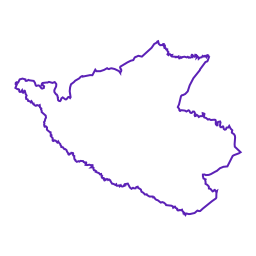 the district of Boende, Équateur, Democratic Republic of the Congo
{"feature_id": "63176286B77918114228452", "entity_name": "Boende", "entity_type": "district", "adm_level": 2, "iso_a3": "COD", "parent_name": "Democratic Republic of the Congo", "parent_adm1": "Équateur", "projection": "natural_earth1", "projection_center": [20.931, -0.493], "detail": "fine", "context": "isolated", "style": "outline", "palette": "violet", "viewbox_px": 256, "rotation_deg": 0, "n_neighbors": 0, "source": "geoboundaries", "source_scale": "gbopen_adm2", "svg_char_len": 5730}
<svg xmlns="http://www.w3.org/2000/svg" viewBox="0 0 256 256"><path d="M95.3,69.7L92.4,75.2L90.1,75.1L82.7,76.6L82.5,76.1L81.6,76.3L80.5,77.0L79.2,78.4L75.2,80.7L73.9,82.1L71.0,84.3L70.1,87.4L69.7,91.3L70.6,97.2L70.1,98.0L69.2,97.1L68.3,97.0L66.4,99.3L65.4,99.4L62.7,97.4L61.4,98.4L60.7,100.4L60.1,101.1L59.2,101.0L58.2,100.3L57.8,98.2L58.0,97.4L57.5,96.8L57.5,95.9L56.8,94.6L56.1,94.4L54.5,92.2L54.3,90.9L54.5,89.7L56.1,86.5L56.3,84.7L56.2,83.9L54.7,82.1L52.5,82.9L48.9,81.9L47.5,82.6L46.6,82.5L42.5,83.0L41.9,83.7L41.6,85.0L41.9,85.4L42.5,85.3L42.7,84.9L44.1,86.3L43.8,88.0L42.1,88.6L41.3,88.1L39.5,85.8L38.3,85.4L36.3,85.9L35.7,85.3L34.9,82.7L33.7,80.9L29.3,80.3L28.5,79.9L26.9,80.8L25.9,80.9L25.5,80.6L25.4,79.4L22.5,78.6L19.7,79.4L18.2,82.5L16.7,82.2L15.8,82.8L15.6,84.1L15.9,84.5L16.4,84.1L16.9,84.3L15.4,87.9L17.5,89.2L18.6,89.2L19.1,89.6L19.3,91.4L19.7,91.9L20.9,91.9L22.1,90.2L22.8,92.6L23.3,92.7L24.4,90.7L24.8,90.8L25.7,94.1L26.6,95.5L25.9,97.2L26.2,97.9L26.1,98.8L27.7,99.5L28.2,101.0L29.9,101.3L30.8,102.3L31.5,101.3L32.8,103.4L33.2,103.9L33.6,103.8L33.6,104.4L35.3,105.6L35.9,105.8L36.9,105.1L37.4,105.1L38.5,105.7L39.7,105.1L40.0,107.4L41.3,108.5L41.0,109.5L41.6,110.4L41.7,112.1L45.7,115.6L46.0,117.7L45.3,118.8L44.7,121.3L44.0,122.1L44.4,123.6L44.1,124.7L44.5,126.5L44.9,126.8L45.8,126.3L47.0,127.4L46.9,129.5L47.2,130.0L49.7,132.0L50.6,132.3L50.6,134.0L51.5,135.1L50.7,135.9L52.7,138.2L52.6,140.3L52.8,140.8L53.6,141.0L54.1,140.3L54.5,140.3L55.8,140.8L57.3,142.5L58.2,141.4L59.0,142.8L60.3,144.1L60.6,145.4L61.2,146.0L61.3,147.0L62.9,147.3L64.3,149.1L65.3,149.1L66.5,150.1L66.9,151.3L68.0,153.1L68.7,153.5L68.4,154.2L68.6,154.5L69.3,154.5L69.7,153.8L70.8,153.7L71.3,152.8L72.9,153.0L73.2,153.7L73.0,154.7L73.3,155.5L74.3,156.0L74.2,157.4L74.4,158.9L74.7,159.5L75.3,159.8L75.4,160.6L76.8,161.8L78.6,161.2L79.4,161.6L80.4,160.9L83.1,161.1L83.7,162.1L84.9,162.3L85.1,162.9L86.1,162.5L86.3,162.9L85.6,164.9L87.3,165.1L89.4,164.7L90.4,165.1L92.5,165.1L92.6,166.0L91.1,167.4L92.4,167.3L93.5,167.8L93.4,168.9L94.0,170.2L94.8,170.3L96.0,171.1L95.7,171.8L99.1,173.2L99.9,174.3L101.1,174.0L101.4,175.3L102.1,175.9L101.6,176.8L102.2,177.9L103.5,178.0L103.7,179.2L104.2,180.0L104.7,179.1L105.4,179.8L105.7,179.3L106.6,179.5L107.0,179.0L107.7,179.3L108.1,180.0L109.1,179.5L110.3,180.4L110.4,181.0L112.1,183.7L113.5,183.9L115.3,184.9L116.2,184.3L116.4,185.4L117.0,185.8L119.2,185.4L119.6,186.3L120.8,185.2L121.4,186.3L122.6,186.5L124.6,185.7L124.0,185.4L124.7,184.2L127.8,183.6L129.9,187.5L131.5,188.8L133.0,187.8L133.9,188.3L135.6,188.3L136.3,187.1L137.7,186.7L138.3,188.1L139.2,188.4L140.9,189.6L141.5,191.7L143.4,192.8L144.9,194.5L146.7,194.3L147.0,195.0L149.4,196.5L152.8,196.5L153.2,197.5L154.2,197.3L155.2,198.9L156.3,199.8L157.7,200.2L160.8,202.6L162.2,202.1L163.8,202.6L165.7,204.2L166.1,205.1L171.4,205.7L172.8,206.4L173.2,207.7L174.6,206.7L175.1,206.7L175.5,207.8L177.2,208.7L177.1,209.7L178.1,210.5L179.3,210.0L179.9,210.3L182.0,209.7L182.2,210.8L183.1,211.6L183.5,213.2L184.2,212.7L184.5,212.9L184.6,214.3L185.2,214.3L185.5,214.8L185.9,213.9L186.5,213.5L188.8,214.1L190.2,214.0L194.6,213.0L197.4,210.6L199.1,211.1L200.2,211.0L202.8,208.6L212.1,201.1L215.8,198.5L216.3,197.7L216.4,193.5L217.0,190.9L215.9,191.6L214.8,189.9L214.5,189.9L213.2,191.2L212.6,191.4L210.4,188.8L208.9,188.5L208.8,186.5L207.3,184.9L205.5,183.8L205.6,182.1L205.2,180.2L205.6,179.4L203.5,178.5L202.9,176.1L202.9,174.6L204.6,174.5L205.8,175.1L208.8,174.9L210.9,174.1L215.9,171.3L216.6,171.1L220.0,168.2L223.4,166.8L227.4,166.4L232.7,155.9L234.1,155.1L238.9,153.3L240.6,152.2L234.8,146.7L234.6,144.2L235.1,137.5L234.9,135.8L234.1,134.3L231.9,132.7L231.8,132.2L232.3,130.3L230.6,128.6L229.2,125.9L228.2,127.5L226.6,127.6L225.9,129.3L224.9,129.7L223.8,129.0L223.2,126.5L222.7,126.4L221.5,127.2L220.7,127.2L220.3,126.8L220.0,125.2L220.5,122.5L220.1,121.5L218.1,121.9L217.7,122.5L217.5,125.3L216.9,125.4L215.9,124.4L215.7,123.2L215.9,121.3L215.4,119.9L214.4,119.7L210.9,120.0L209.1,119.1L208.0,119.6L206.1,118.0L204.2,117.4L203.9,116.3L204.4,114.4L204.4,113.8L203.8,113.5L202.7,113.2L202.9,115.2L202.3,116.1L200.2,116.1L198.8,117.0L197.9,115.7L196.7,114.8L195.7,116.0L195.0,116.1L194.6,115.2L195.0,113.3L194.2,111.7L193.0,111.5L191.7,112.9L191.1,113.0L190.2,112.5L189.3,110.7L188.5,110.3L186.4,111.5L184.9,110.6L181.4,110.2L180.5,110.3L180.3,110.9L179.9,110.9L179.4,110.3L179.2,108.9L177.8,107.1L179.0,104.5L181.0,96.2L182.0,95.2L182.9,95.1L185.2,94.0L187.7,91.4L189.7,85.3L193.4,78.2L199.8,70.2L200.0,69.4L205.1,62.5L205.5,62.0L207.2,61.4L207.6,60.9L209.0,57.0L207.9,56.6L208.3,55.5L207.7,55.1L206.3,55.6L206.1,56.8L205.5,56.0L204.8,56.4L204.4,56.0L203.6,56.5L202.7,55.9L201.7,57.3L199.9,57.6L198.7,58.7L198.6,57.7L197.9,56.8L197.3,56.9L196.6,57.6L196.9,55.9L195.6,55.8L195.9,54.9L195.3,54.8L195.1,56.1L194.6,56.7L193.4,56.2L192.4,54.9L191.9,54.8L191.5,55.4L192.1,56.4L192.2,57.2L191.4,57.1L190.6,57.6L189.3,57.3L188.9,57.7L187.8,56.8L186.8,57.4L184.5,56.7L182.1,57.1L181.6,57.8L181.1,57.7L180.7,57.2L179.7,58.3L179.2,58.3L178.6,56.4L177.5,57.1L176.0,57.2L176.1,56.8L171.9,56.5L171.2,55.9L171.8,55.0L170.9,55.1L169.8,54.1L169.1,54.2L168.5,55.1L167.5,54.4L168.4,52.1L167.2,50.6L167.2,49.3L166.1,49.3L165.7,48.3L164.5,48.0L164.3,47.1L164.9,47.1L164.9,45.6L163.5,45.6L163.0,44.9L163.9,44.6L163.9,44.1L163.2,44.0L162.2,45.0L160.3,45.2L158.8,43.9L158.1,41.2L157.4,41.5L156.6,42.7L154.2,44.0L151.6,47.8L141.9,56.6L138.3,55.8L136.0,56.9L135.6,56.9L134.7,57.5L133.3,60.1L130.8,60.7L127.4,62.4L120.4,66.6L120.1,67.4L120.6,69.0L121.1,69.3L121.3,70.5L121.0,71.6L120.2,72.1L120.2,72.8L119.0,71.1L114.6,69.0L111.6,68.3L110.3,68.5L109.0,69.1L108.1,68.9L107.1,68.2L104.1,69.9L100.3,71.2L96.4,71.2L95.3,69.7Z" fill="none" stroke="#5b21b6" stroke-width="2"/></svg>